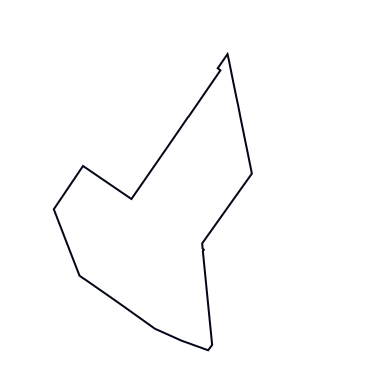 the district of Nye, Nevada, United States of America, rotated 215°
{"feature_id": "52423323B59835765201316", "entity_name": "Nye", "entity_type": "district", "adm_level": 2, "iso_a3": "USA", "parent_name": "United States of America", "parent_adm1": "Nevada", "projection": "albers", "projection_center": [-116.514, 37.564], "detail": "fine", "context": "isolated", "style": "outline", "palette": "ink", "viewbox_px": 384, "rotation_deg": 215, "n_neighbors": 0, "source": "geoboundaries", "source_scale": "gbopen_adm2", "svg_char_len": 690}
<svg xmlns="http://www.w3.org/2000/svg" viewBox="0 0 384 384"><g transform="rotate(215 192 192)"><path d="M191.3,59.1L176.7,59.0L144.0,58.7L115.3,64.2L109.5,65.8L88.0,71.6L87.8,78.3L120.1,115.9L149.2,149.8L149.2,151.5L150.8,151.7L154.1,155.6L154.2,156.7L153.8,208.3L153.5,241.4L155.8,243.6L160.1,247.7L164.4,251.8L195.0,280.8L197.8,283.5L198.6,284.3L205.9,291.3L206.2,291.5L214.6,299.4L224.9,309.2L225.2,309.5L237.4,321.1L238.8,322.4L241.5,324.9L242.0,325.3L241.9,312.2L241.9,308.1L238.5,308.0L238.0,252.2L238.2,250.6L237.9,216.1L237.6,151.5L296.2,150.8L295.3,98.6L256.6,72.6L256.0,72.2L236.1,58.9L230.6,58.9L230.0,59.0L191.3,59.1Z" fill="none" stroke="#020617" stroke-width="2"/></g></svg>